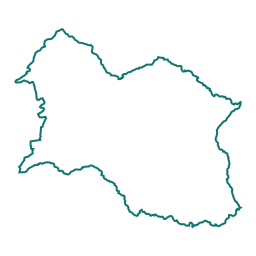 outline of Redenção, Pará, Brazil
{"feature_id": "56859067B40861427462904", "entity_name": "Redenção", "entity_type": "district", "adm_level": 2, "iso_a3": "BRA", "parent_name": "Brazil", "parent_adm1": "Pará", "projection": "mercator", "projection_center": [-50.206, -8.057], "detail": "fine", "context": "isolated", "style": "outline", "palette": "teal", "viewbox_px": 256, "rotation_deg": 0, "n_neighbors": 0, "source": "geoboundaries", "source_scale": "gbopen_adm2", "svg_char_len": 5763}
<svg xmlns="http://www.w3.org/2000/svg" viewBox="0 0 256 256"><path d="M44.2,43.9L44.4,45.3L45.2,46.2L44.6,46.8L42.7,47.3L41.6,48.1L40.4,49.9L39.6,50.6L37.6,51.2L35.9,52.6L35.2,53.6L35.0,54.9L33.8,57.6L33.4,60.8L33.0,61.8L29.8,64.5L27.9,66.8L27.5,67.8L29.5,68.7L30.0,69.5L29.8,70.7L28.9,71.4L27.7,71.3L26.9,71.7L26.3,72.6L26.9,73.4L24.8,75.2L18.9,79.2L16.6,80.0L15.9,80.7L15.4,81.8L16.2,82.6L18.1,82.3L20.2,82.4L21.2,82.1L23.3,80.7L24.2,80.4L26.0,81.3L28.0,81.7L29.6,83.2L30.4,83.0L32.1,81.9L33.0,82.1L33.6,83.4L33.9,85.0L34.5,86.1L34.9,89.2L36.1,92.5L36.7,98.7L37.2,99.7L39.1,99.9L40.5,98.6L41.6,98.7L42.7,98.3L43.3,100.2L44.1,100.9L44.5,102.9L43.7,103.9L41.3,105.2L40.0,106.9L40.7,107.6L43.3,108.0L43.9,108.6L43.8,109.9L43.1,110.8L41.1,112.4L38.0,114.0L39.7,117.3L42.2,117.4L45.5,116.9L46.0,118.1L43.2,124.3L42.6,126.7L41.0,127.2L40.6,133.4L40.2,134.7L40.7,136.5L39.8,138.4L40.3,139.9L30.6,141.4L30.6,145.7L31.2,146.3L30.9,148.1L31.4,149.0L33.3,148.9L32.4,151.1L32.7,153.3L27.8,156.8L25.2,157.3L24.4,158.1L24.3,160.1L21.7,163.7L21.0,165.2L19.1,166.9L20.3,168.5L19.4,172.3L24.6,172.2L26.2,171.6L28.6,168.5L35.1,165.0L37.6,165.1L38.3,163.9L39.1,164.2L40.1,163.1L42.5,163.8L44.1,162.8L47.5,162.3L49.2,162.4L50.1,162.6L50.9,163.2L52.6,163.3L53.8,163.8L54.2,164.6L54.4,166.5L55.3,167.0L57.5,167.6L58.1,168.4L58.5,170.5L59.4,171.0L61.5,170.7L62.3,171.1L63.1,171.5L63.6,173.2L67.3,174.4L68.4,174.4L69.3,174.0L71.1,171.7L72.7,171.2L75.2,169.5L80.5,169.6L81.7,168.7L81.9,167.8L82.6,167.1L83.5,167.5L85.0,166.7L88.8,166.5L89.5,165.8L91.9,165.4L95.1,167.3L96.9,168.0L98.9,169.4L99.3,170.2L101.3,171.0L102.1,173.0L101.3,174.7L101.9,175.4L103.6,175.8L103.9,178.0L104.6,178.7L105.6,179.0L107.1,180.4L109.2,180.9L109.6,181.7L110.7,181.6L112.6,182.4L114.7,184.0L114.5,184.9L115.9,185.9L116.7,187.5L116.7,189.9L117.1,190.8L118.9,191.2L118.9,192.2L118.3,193.1L119.2,193.4L122.3,195.6L124.2,195.8L124.6,196.6L124.7,197.8L124.2,198.5L125.3,201.2L124.8,201.9L125.3,204.3L125.9,205.1L126.7,205.3L128.1,206.6L128.4,207.5L128.2,208.3L128.8,209.7L129.5,210.6L129.5,211.5L131.5,212.4L134.7,215.3L135.6,215.3L137.2,215.9L138.0,215.1L138.2,214.0L140.0,212.7L139.6,211.9L140.1,211.0L140.8,210.3L141.7,209.8L142.4,211.5L143.3,212.0L144.2,211.8L145.0,212.4L145.5,213.4L146.3,214.1L147.1,213.7L149.0,214.1L149.9,214.7L150.2,215.5L151.1,215.7L152.7,214.8L154.4,215.5L154.8,214.6L155.6,214.5L157.5,216.1L159.3,216.5L160.0,217.0L162.1,216.6L162.9,217.0L163.5,217.9L163.8,218.8L164.7,219.1L165.6,218.8L168.9,216.5L170.9,215.9L171.9,216.4L172.6,217.2L172.8,218.3L174.5,220.9L175.3,220.8L176.3,221.2L176.9,220.5L178.4,222.9L180.1,224.0L181.0,224.0L181.8,224.4L184.0,224.1L186.4,225.7L188.2,225.5L189.0,225.7L189.9,222.9L190.9,222.6L192.0,223.3L192.6,224.3L192.1,226.2L192.7,226.9L194.8,225.1L195.8,225.4L196.6,224.7L197.6,224.8L199.1,223.1L201.2,222.4L202.3,222.5L203.9,221.3L205.7,220.7L207.6,221.7L208.2,222.3L210.1,222.4L210.4,223.3L210.3,224.2L211.9,225.3L213.7,225.7L215.4,225.5L215.5,224.5L216.3,224.7L216.5,225.5L218.5,226.1L219.4,225.9L222.1,224.2L223.1,224.1L224.0,223.4L225.0,223.2L225.5,222.2L225.3,221.2L226.3,219.4L226.8,218.7L227.8,218.6L228.6,218.1L229.1,215.0L231.0,215.2L232.9,216.0L234.5,215.5L235.5,214.6L236.2,212.2L236.0,210.9L236.4,209.9L237.3,209.0L237.9,209.8L238.9,209.6L239.1,208.6L240.6,207.6L239.3,206.9L238.6,205.0L236.8,202.6L236.6,201.7L235.8,201.5L235.1,200.9L233.4,197.1L233.4,196.1L232.9,195.3L232.2,192.9L231.9,190.8L232.4,189.9L232.0,188.8L231.0,187.3L230.3,186.8L229.7,185.9L229.5,184.9L227.4,182.6L227.3,180.8L226.8,180.1L226.8,179.1L227.7,178.7L228.5,177.1L228.0,175.3L227.3,174.6L227.2,173.7L227.6,171.8L227.2,171.0L227.2,170.1L227.4,169.2L228.7,167.6L228.9,166.7L228.7,165.9L229.2,165.0L229.5,163.8L228.9,160.7L228.2,158.8L228.6,157.9L228.4,157.1L227.8,156.5L227.3,153.5L225.4,152.9L225.0,152.1L224.3,151.4L223.1,151.7L222.4,150.0L221.6,149.6L220.7,149.7L219.6,149.1L218.0,145.6L217.8,144.6L218.1,143.5L217.7,142.6L216.3,141.2L215.6,139.4L215.9,137.5L216.5,136.5L217.2,132.8L216.9,130.2L218.2,127.6L223.5,121.6L225.4,120.8L226.1,120.2L227.4,117.6L228.3,117.0L229.4,115.3L230.1,114.8L231.2,112.3L233.0,111.1L234.1,110.7L235.2,109.3L237.6,108.8L239.1,107.8L240.6,104.2L240.6,102.2L239.5,102.7L237.6,104.3L236.6,104.0L235.8,103.4L234.8,103.7L234.1,104.5L231.8,103.4L231.3,102.3L231.4,101.2L230.4,99.4L229.2,98.6L226.3,98.9L225.8,97.6L225.0,96.8L224.1,97.3L222.4,96.2L219.6,96.6L217.6,95.0L216.1,94.4L214.9,94.9L214.4,96.2L213.3,95.8L212.2,94.7L210.9,91.2L210.1,90.9L209.5,90.2L210.0,89.1L208.2,88.0L207.1,88.2L206.5,87.5L206.4,86.4L205.1,85.9L204.7,85.1L203.2,85.2L203.1,83.9L202.4,83.2L201.0,82.8L197.3,80.9L196.9,80.0L197.1,78.8L198.1,78.3L198.1,77.4L193.2,75.2L191.5,71.9L188.9,70.8L187.2,70.7L185.6,71.4L184.7,70.6L183.8,71.6L182.8,71.4L181.4,69.4L181.6,67.5L181.4,66.3L180.3,65.9L178.0,66.2L177.0,65.9L176.0,65.2L174.7,65.0L172.6,63.9L171.3,63.6L170.0,61.9L168.4,61.3L167.8,59.6L163.7,59.4L163.6,57.9L159.9,57.6L158.3,57.1L157.5,59.0L155.6,60.2L154.5,60.3L153.3,62.9L151.8,64.7L146.9,64.6L141.4,67.6L139.2,67.6L138.9,68.7L137.3,68.6L136.0,69.0L134.6,69.9L132.3,70.7L131.3,71.6L128.2,72.4L125.7,74.2L124.5,73.9L122.7,74.6L122.4,76.0L123.2,76.7L122.3,78.0L121.3,78.0L120.8,78.9L118.5,79.1L118.3,77.0L115.3,75.7L111.0,75.3L110.4,73.8L107.8,72.6L106.6,72.4L104.8,68.5L104.0,67.9L103.0,65.2L101.2,64.0L101.0,62.3L101.2,61.0L101.0,60.1L100.4,59.3L99.0,58.6L98.2,56.8L96.8,54.8L92.1,52.6L91.9,50.6L92.7,47.8L92.4,46.6L90.9,45.0L89.5,45.4L83.9,43.5L81.2,42.9L78.8,42.6L76.8,40.8L74.8,39.7L74.1,38.1L73.2,37.6L72.6,36.6L71.3,36.4L69.5,36.7L68.8,36.2L67.6,34.3L66.1,33.9L64.6,32.1L63.0,29.7L62.0,29.1L58.7,30.9L56.6,31.5L54.8,35.7L53.6,36.7L52.9,37.7L51.1,39.0L47.5,39.3L45.0,40.9L44.6,41.7L44.7,42.6L44.2,43.9Z" fill="none" stroke="#0f766e" stroke-width="2"/></svg>